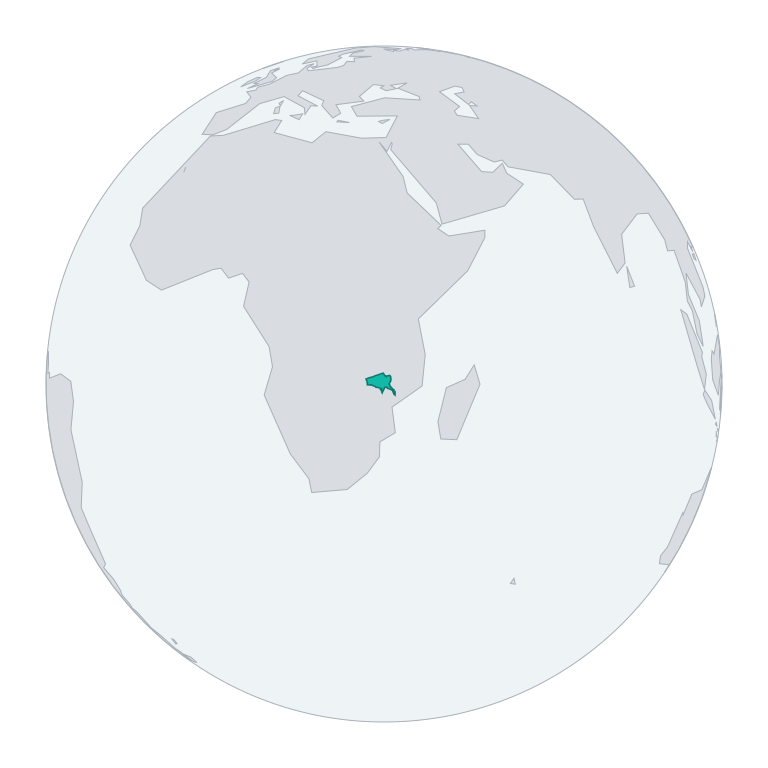 Tete on an orthographic globe
{"feature_id": "MOZ-1190", "entity_name": "Tete", "entity_type": "Province", "adm_level": 1, "iso_a3": "MOZ", "parent_name": "Mozambique", "parent_adm1": "", "projection": "orthographic", "projection_center": [33.352, -15.869], "detail": "fine", "context": "on_globe", "style": "filled", "palette": "teal", "viewbox_px": 768, "rotation_deg": 0, "n_neighbors": 0, "source": "natural_earth", "source_scale": "10m", "svg_char_len": 8792}
<svg xmlns="http://www.w3.org/2000/svg" viewBox="0 0 768 768"><circle cx="384" cy="384" r="338" fill="#eef3f6" stroke="#a8b0b8"/><path d="M47.7,351.2L48.4,351.6L48.5,363.4L47.9,373.2L49.4,372.4L49.5,378.1L60.7,373.8L70.8,381.4L73.5,401.4L70.9,429.7L82.2,482.2L81.2,507.7L90.2,529.0L105.5,563.8L103.7,567.7L113.8,579.4L120.6,590.6L122.0,594.9L130.5,604.8L132.0,607.8L136.9,611.9L151.4,628.0L161.5,636.1L175.2,648.3L181.7,652.6L182.5,653.7L186.4,656.9L190.8,659.9L187.6,658.8L173.4,648.3L170.3,645.8L163.9,640.4L164.0,640.5L145.7,623.6L128.7,605.4L113.1,586.0L98.9,565.4L86.3,543.9L75.3,521.5L66.0,498.4L58.5,474.7L52.7,450.4L48.7,425.8L46.5,401.0L46.2,376.0L47.7,351.2ZM197.0,662.6L189.9,660.3L192.0,660.7L183.4,654.0L190.8,657.1L197.0,662.6ZM175.9,644.1L171.9,638.9L173.9,639.7L177.1,643.6L175.9,644.1ZM458.5,54.4L464.5,55.8L467.4,57.1L470.0,57.7L469.1,57.0L461.9,55.2L484.9,61.5L507.3,69.4L529.2,78.8L550.3,89.8L570.6,102.2L589.9,116.1L608.3,131.2L625.5,147.6L641.5,165.2L656.3,183.9L669.7,203.5L681.7,224.1L692.2,245.4L692.9,247.1L691.1,246.7L692.8,251.7L687.5,241.8L687.4,248.0L702.9,286.8L704.9,296.1L701.4,306.9L700.1,299.5L686.0,273.1L688.4,294.5L699.3,320.7L703.2,346.4L697.0,333.8L692.5,311.1L687.4,301.2L685.2,281.8L674.1,250.3L667.6,250.9L664.7,239.8L648.4,213.2L637.1,213.9L621.6,234.3L625.1,263.0L617.3,273.3L593.6,226.6L583.2,199.0L574.5,199.3L550.3,174.5L508.0,166.8L502.2,160.1L494.2,162.0L477.2,154.5L468.3,144.2L457.9,144.2L481.6,171.6L492.8,172.3L502.3,163.3L506.8,173.3L523.3,184.1L504.5,205.9L442.0,224.1L436.3,202.9L390.7,149.6L392.2,144.1L392.1,143.5L391.5,142.5L387.0,151.3L379.2,142.1L403.2,176.7L407.1,192.9L441.1,225.4L437.8,228.6L448.9,236.0L484.8,230.2L484.9,237.5L467.7,270.8L418.3,318.9L425.2,354.6L422.1,386.0L392.0,407.1L395.3,432.6L379.9,441.9L379.4,456.8L367.4,473.1L347.1,489.5L311.7,492.5L308.9,478.7L290.3,453.9L264.2,395.0L272.5,366.7L269.1,346.6L243.6,306.3L249.1,282.0L242.5,273.4L228.6,278.1L221.0,268.2L212.7,269.6L161.5,290.1L146.5,280.4L130.1,245.1L139.8,225.9L142.7,208.1L210.4,136.0L223.5,135.3L275.4,119.6L281.7,120.5L274.2,132.6L312.1,142.8L325.9,131.7L361.6,138.2L386.1,137.5L397.3,115.9L357.0,116.2L351.4,106.6L384.7,97.8L420.1,100.0L419.0,96.5L397.8,88.2L407.1,82.9L390.6,85.3L396.4,88.6L386.2,90.7L380.3,87.9L383.8,85.8L373.5,84.5L359.4,96.4L363.8,101.1L336.0,104.7L340.7,113.2L332.8,118.0L321.8,105.5L323.8,100.7L302.5,90.7L298.0,95.8L317.7,106.1L311.0,105.7L305.0,114.4L304.3,107.6L284.0,96.6L259.6,103.7L226.6,129.5L212.8,134.8L202.2,134.3L216.3,112.6L245.5,103.5L250.9,97.3L246.8,91.8L256.0,90.0L257.9,87.1L269.2,84.3L286.7,75.4L298.4,72.9L307.0,65.5L314.2,63.7L307.0,68.3L308.3,70.8L337.5,67.4L343.6,65.5L346.9,61.4L354.5,61.7L353.9,58.2L371.5,56.4L349.6,56.3L352.8,53.1L364.3,50.6L361.4,50.0L342.6,54.3L338.7,56.2L341.6,57.7L327.4,65.0L317.0,67.3L316.9,60.8L302.2,64.0L308.6,58.9L355.5,48.0L374.1,46.6L401.4,48.7L396.1,49.6L383.6,49.0L393.5,51.6L393.5,50.3L399.8,51.1L404.5,49.5L409.2,50.1L405.7,48.2L412.0,48.7L414.1,49.9L426.4,49.6L440.0,51.5L440.5,51.3L437.2,50.5L456.6,54.2L456.1,54.0L449.6,52.6L444.4,51.5L458.5,54.4ZM185.8,167.1L183.7,172.3L185.8,167.1ZM457.1,115.3L478.6,118.6L469.6,105.5L477.1,106.0L471.2,101.7L468.8,104.6L454.7,93.8L464.1,91.9L461.9,87.4L454.5,86.2L439.5,91.7L459.6,106.5L454.4,110.9L457.1,115.3ZM257.5,77.4L260.6,77.6L255.4,81.1L240.7,86.9L248.0,81.6L257.5,77.4ZM266.4,77.3L270.4,70.7L279.7,67.7L273.8,70.3L279.6,69.0L271.6,73.0L276.6,77.7L272.3,81.3L247.4,88.5L257.9,83.7L254.1,83.4L266.4,77.3ZM281.0,62.2L283.9,61.3L280.1,62.6L265.2,67.7L262.3,68.7L281.0,62.2ZM289.7,115.4L294.7,115.2L302.7,113.8L299.1,119.7L289.7,115.4ZM275.4,107.8L280.0,106.4L278.8,113.1L273.6,113.7L275.4,107.8ZM283.6,100.5L280.4,105.9L279.1,103.3L283.6,100.5ZM311.4,67.2L316.5,66.1L316.7,66.9L313.4,68.8L311.4,67.2ZM389.9,119.4L382.2,123.5L378.7,121.5L382.1,120.4L389.9,119.4ZM338.0,120.3L349.4,122.5L336.9,121.9L338.0,120.3ZM514.0,578.2L515.3,584.2L510.4,583.5L514.0,578.2ZM480.0,384.2L456.8,439.7L440.8,439.0L437.9,421.7L446.4,387.7L465.1,379.3L474.2,364.9L480.0,384.2ZM716.3,431.0L716.5,436.2L716.2,437.6L716.3,431.0ZM716.2,421.8L717.1,426.5L715.5,424.5L716.2,421.8ZM717.3,428.3L718.2,429.7L718.5,429.1L718.1,431.9L717.3,428.3ZM715.3,419.2L707.3,404.1L703.1,394.4L704.9,390.1L711.7,400.6L715.3,419.2ZM704.5,389.5L697.0,365.4L680.8,309.7L686.8,314.1L702.5,352.5L701.7,356.6L706.3,374.0L704.5,389.5ZM719.4,381.5L718.4,395.2L714.8,385.7L712.7,379.7L711.3,358.7L712.1,350.8L714.1,354.0L717.5,334.9L719.5,346.7L719.5,356.0L720.9,371.9L719.4,381.5ZM626.7,266.2L634.6,286.2L629.8,287.5L626.7,266.2ZM715.5,318.7L716.4,326.9L714.5,313.9L715.5,318.7ZM695.9,260.2L694.0,258.6L692.3,254.0L693.8,253.5L695.9,260.2ZM422.5,48.3L422.4,48.3L429.7,49.4L416.4,47.7L416.7,47.7L422.5,48.3ZM664.5,572.4L669.4,564.7L659.4,563.7L660.6,555.6L667.5,547.0L682.8,512.7L683.1,514.9L691.9,494.0L701.9,489.7L711.3,467.6L710.1,472.5L701.8,498.8L691.4,524.3L679.0,548.9L664.5,572.4ZM717.4,439.3L716.5,442.0L717.9,436.2L717.4,439.3ZM721.9,378.4L721.4,377.5L721.5,388.1L721.9,387.5L721.6,391.8L720.8,410.2L720.3,414.8L721.3,395.1L719.9,410.6L719.6,408.1L720.4,392.5L721.3,377.4L721.5,372.6L721.8,375.6L721.9,378.4Z" fill="#d9dde1" stroke="#a8b0b8" stroke-width="1"/><path d="M367.3,384.9L367.3,384.5L367.3,383.8L367.2,383.2L367.2,382.7L367.3,382.7L367.2,382.5L367.0,382.3L367.0,382.2L367.2,381.9L367.1,381.7L367.0,381.2L366.9,380.9L366.6,380.6L366.4,380.4L366.2,379.6L366.2,379.4L366.2,379.1L366.1,378.9L366.7,378.8L367.1,378.6L367.7,378.3L368.3,378.1L368.8,377.9L369.5,377.6L370.1,377.5L370.9,377.3L371.0,377.3L371.6,377.1L372.3,376.9L372.9,376.8L373.4,376.6L373.9,376.3L374.3,376.1L375.1,375.8L375.9,375.5L376.5,375.4L376.9,375.2L377.1,375.1L377.6,375.0L378.1,374.8L378.7,374.6L379.6,374.3L380.5,374.0L381.5,373.6L382.2,373.4L382.7,373.2L383.1,373.1L383.5,373.2L383.6,373.3L383.7,373.5L383.6,373.8L383.8,374.1L383.9,374.3L384.0,374.3L384.1,374.5L384.5,375.2L384.6,375.4L384.9,375.5L385.0,375.6L385.1,375.8L385.3,375.9L385.4,376.0L385.5,376.3L385.6,376.5L385.8,376.6L385.8,376.4L385.8,376.2L386.0,375.9L386.4,376.1L386.6,376.1L387.1,375.9L387.4,375.8L388.0,375.9L388.1,375.7L388.3,375.6L388.7,375.6L389.3,375.4L389.5,375.4L389.8,375.4L389.9,375.5L390.1,375.9L390.3,376.1L390.6,376.4L390.7,376.6L390.7,376.8L390.6,377.1L390.6,377.3L390.7,377.5L390.8,377.7L390.8,377.9L390.8,378.3L390.9,378.5L391.0,378.7L391.0,378.8L391.0,379.0L390.8,379.2L390.8,379.3L390.9,379.5L390.9,380.1L390.9,380.5L390.8,380.8L390.7,380.9L390.5,381.0L390.5,381.3L390.4,381.3L390.2,381.6L390.0,381.9L390.1,382.3L390.0,382.5L389.6,383.2L389.4,383.3L389.2,383.4L389.1,383.6L389.0,383.9L389.0,384.1L389.1,384.3L389.3,384.5L389.9,385.0L390.0,385.1L390.0,385.3L389.9,385.7L389.9,385.9L390.1,386.4L390.2,386.5L390.4,386.5L390.6,386.6L390.8,386.7L390.9,387.1L391.0,387.2L391.0,387.3L391.3,387.5L391.8,387.9L391.9,388.0L392.0,388.2L392.0,388.3L392.3,388.5L392.4,388.8L392.5,388.9L392.7,389.0L392.8,389.2L393.0,389.3L393.2,389.5L393.3,389.6L393.5,389.6L393.8,389.6L394.0,389.7L394.0,389.9L394.0,390.1L394.0,390.3L393.9,390.5L393.7,390.6L393.5,390.9L393.7,391.2L393.7,391.4L394.0,391.5L394.6,391.5L394.9,391.5L395.0,391.6L395.0,392.3L395.1,392.6L395.2,392.8L395.1,393.0L395.1,393.3L395.1,393.6L395.1,394.7L395.1,395.0L395.0,394.9L394.9,394.8L394.5,394.7L394.4,394.6L394.2,394.4L393.9,394.2L393.8,393.9L393.7,393.6L393.6,393.4L393.6,393.2L393.4,392.8L393.3,392.7L393.2,392.4L393.2,392.2L393.0,391.8L392.8,391.4L392.6,390.8L392.6,390.6L392.0,390.1L391.9,390.1L391.4,389.9L391.0,389.7L390.0,389.1L389.7,389.0L389.3,388.9L388.9,388.9L388.7,388.8L388.4,388.6L388.2,388.5L387.9,388.5L387.7,388.4L387.6,388.2L387.4,388.2L387.2,388.0L387.0,387.8L386.8,387.5L386.7,387.3L386.6,387.1L386.3,387.2L386.0,387.3L385.9,387.3L385.3,387.2L385.2,387.3L384.9,387.4L384.7,387.5L384.6,387.8L384.5,388.0L384.5,388.3L384.2,388.7L384.2,388.8L383.9,389.0L383.8,389.3L383.8,389.5L383.6,389.9L383.4,390.5L383.3,390.8L383.2,390.8L382.9,390.9L382.8,391.0L382.7,391.0L382.6,391.4L382.6,391.5L382.6,391.9L382.5,392.0L382.3,392.4L382.2,392.5L382.3,392.6L382.2,392.9L382.1,392.7L381.9,392.5L381.9,392.4L381.8,392.2L381.8,391.7L381.6,391.3L381.4,390.9L381.1,390.3L381.5,389.9L381.6,389.6L381.8,389.0L381.8,388.8L381.7,388.8L381.5,389.0L381.4,389.0L381.2,389.0L380.9,388.9L380.7,388.9L380.5,389.0L380.5,388.9L380.3,388.8L380.3,388.6L380.2,388.5L380.2,388.4L379.5,388.0L378.6,387.7L378.0,387.5L377.5,387.4L376.4,387.4L375.8,387.3L375.7,387.2L375.6,386.9L375.3,386.7L375.2,386.6L374.9,386.2L374.7,386.1L373.6,386.0L373.4,385.9L373.2,385.8L373.0,385.7L372.9,385.7L372.7,385.5L372.5,385.4L372.4,385.2L372.1,385.0L371.6,384.8L371.3,384.8L371.2,384.9L371.1,385.0L371.0,384.9L370.9,385.0L370.7,385.2L370.4,385.2L370.1,384.9L369.9,384.8L369.3,384.9L368.3,384.9L367.9,384.9L367.3,384.9Z" fill="#14b8a6" stroke="#0f766e" stroke-width="1.5"/></svg>